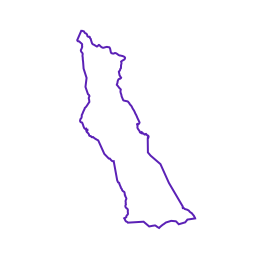 Orica, Francisco Morazán, Honduras, rotated 347°
{"feature_id": "27666195B54094389197091", "entity_name": "Orica", "entity_type": "district", "adm_level": 2, "iso_a3": "HND", "parent_name": "Honduras", "parent_adm1": "Francisco Morazán", "projection": "equal_earth", "projection_center": [-86.954, 14.819], "detail": "fine", "context": "isolated", "style": "outline", "palette": "violet", "viewbox_px": 256, "rotation_deg": 347, "n_neighbors": 0, "source": "geoboundaries", "source_scale": "gbopen_adm2", "svg_char_len": 5705}
<svg xmlns="http://www.w3.org/2000/svg" viewBox="0 0 256 256"><g transform="rotate(347 128 128)"><path d="M173.1,231.2L173.1,230.8L172.6,229.1L172.5,228.6L172.4,228.2L171.8,227.1L170.9,225.2L170.1,224.5L169.4,223.6L169.2,223.3L168.9,222.6L168.8,222.4L168.5,222.0L167.4,221.0L165.1,219.7L164.9,219.5L164.6,218.9L164.2,218.5L164.1,218.4L163.5,218.3L163.4,218.3L163.4,218.0L163.4,217.6L163.6,217.1L163.7,216.9L163.6,216.5L155.5,190.7L151.5,170.5L143.8,160.0L141.9,156.3L144.8,142.9L145.0,142.4L145.2,142.0L145.3,141.4L145.5,141.3L145.8,141.7L146.1,141.2L146.1,140.5L145.9,140.0L144.9,139.2L144.5,138.5L144.4,138.1L144.2,137.8L143.9,137.8L143.2,138.2L142.7,138.1L142.3,137.6L141.9,136.9L141.6,136.6L141.0,136.4L140.8,136.3L140.7,136.1L140.5,135.1L140.4,135.0L140.2,135.1L140.2,135.3L140.1,135.7L140.0,136.1L138.9,135.2L138.7,134.9L138.6,134.6L138.7,134.2L138.6,133.8L138.3,133.0L138.0,132.3L137.5,131.0L137.3,130.3L137.3,129.9L137.3,129.5L137.7,128.4L137.8,127.8L137.9,127.6L138.0,127.5L138.1,127.3L138.0,127.1L137.7,126.8L137.6,126.7L137.8,126.2L138.0,126.1L138.3,126.1L138.9,126.5L139.1,126.5L139.3,126.5L139.5,126.4L140.3,125.6L140.4,125.4L140.5,125.1L139.3,119.6L139.3,119.2L139.1,118.3L138.9,117.2L138.4,115.5L138.1,113.8L137.9,112.9L137.6,111.9L136.9,110.0L136.6,108.5L136.1,106.9L135.7,106.4L135.4,105.8L134.9,104.6L134.8,104.0L134.4,103.4L134.0,102.4L133.6,102.0L132.8,101.6L131.7,101.1L130.1,100.3L129.8,100.1L129.7,99.9L129.5,99.5L129.4,99.0L129.4,98.3L129.2,97.5L128.9,95.7L129.0,94.2L128.8,92.4L128.8,91.6L128.8,91.0L129.1,90.0L129.6,89.0L129.6,88.8L129.4,88.3L128.7,87.3L127.4,84.5L126.9,83.6L126.8,83.4L126.9,83.1L127.8,81.8L128.3,80.5L128.7,79.7L128.9,79.4L129.4,78.8L129.8,78.4L130.2,78.3L130.8,78.1L131.4,78.2L131.7,78.1L132.3,77.8L132.4,77.7L132.5,77.5L132.6,77.4L132.0,75.9L131.8,75.1L131.6,74.6L131.7,73.3L131.7,71.5L131.7,71.2L131.8,71.0L132.0,70.9L132.3,70.6L132.7,70.4L133.0,70.1L133.4,69.5L133.6,69.1L133.8,68.7L134.5,68.2L135.0,66.7L135.1,66.0L135.3,65.4L136.2,63.5L136.3,63.0L136.2,62.0L136.2,61.8L136.5,61.6L137.4,61.2L138.6,60.8L139.1,60.7L140.0,60.3L140.6,59.7L140.9,59.0L140.9,58.8L140.9,58.6L140.7,58.3L140.4,57.8L139.4,57.0L138.8,56.6L137.7,56.1L137.0,55.7L136.4,55.6L135.2,54.8L134.7,54.1L134.2,53.5L133.4,52.7L132.7,52.2L132.4,52.1L132.1,52.0L131.1,52.2L130.2,52.2L129.6,51.8L128.7,51.4L128.5,50.9L128.3,50.1L128.4,47.5L128.4,46.7L128.3,46.2L128.2,45.8L128.1,45.4L127.9,45.2L127.7,45.0L127.4,44.9L126.9,44.8L125.7,44.2L123.9,44.2L122.4,44.3L121.9,44.2L121.5,44.1L121.0,43.8L120.1,42.9L119.7,42.4L118.8,40.9L118.4,40.5L118.2,40.5L116.8,41.4L116.4,41.6L116.0,41.6L115.7,41.3L114.6,40.3L114.1,39.7L112.7,38.6L112.4,38.3L112.3,38.0L112.1,37.6L112.0,37.2L111.8,35.0L111.7,33.8L111.8,33.0L111.3,32.1L111.2,31.4L111.2,30.8L111.1,30.5L111.0,30.4L109.9,30.3L109.6,29.9L109.2,29.5L109.2,29.3L109.1,29.1L109.1,27.9L109.0,27.4L108.3,26.4L107.7,26.0L107.4,25.7L107.2,25.3L106.8,24.0L105.4,23.1L104.3,22.8L99.3,29.6L98.6,30.6L98.3,30.9L98.3,31.2L98.5,31.9L98.8,32.2L99.0,32.4L99.3,32.4L99.5,32.4L99.7,32.5L99.9,32.7L100.3,33.1L100.7,33.9L101.3,34.6L101.9,35.5L102.1,35.9L102.1,36.2L102.0,36.8L101.7,37.5L101.6,37.8L101.7,38.1L101.7,38.3L101.6,38.7L101.5,38.9L100.5,40.4L99.6,41.5L99.5,41.9L99.5,42.5L99.6,43.1L100.3,44.5L100.5,45.0L100.5,45.4L100.5,45.7L100.3,46.2L100.0,47.1L99.8,47.7L99.8,48.7L99.3,51.6L99.2,53.0L98.1,60.1L98.9,69.9L95.8,78.4L96.6,86.0L97.4,87.1L97.5,87.5L97.6,88.0L97.5,88.5L97.3,88.7L97.0,89.1L96.6,89.7L96.4,90.2L96.5,91.4L96.4,92.4L96.2,93.9L94.6,95.4L93.5,96.5L92.1,97.8L90.3,98.9L90.0,99.6L89.2,100.6L87.8,102.4L86.9,103.8L86.3,104.4L86.1,104.7L85.8,105.1L85.5,106.4L85.2,107.1L84.7,107.9L84.3,108.2L83.9,108.4L83.7,108.6L83.0,109.9L82.9,110.4L82.9,110.7L83.0,111.2L83.2,111.6L83.5,111.8L84.5,112.4L84.6,112.7L84.8,114.1L84.9,114.7L85.0,116.4L85.1,116.9L85.3,118.0L85.5,118.6L85.8,119.0L86.1,119.2L86.4,119.2L87.1,119.2L87.1,119.4L87.0,119.6L86.9,119.7L86.7,119.7L86.7,120.4L86.7,120.5L86.8,120.6L87.9,120.6L88.1,120.6L88.1,120.8L88.1,121.0L87.9,121.3L87.3,121.4L87.0,121.6L86.8,121.8L86.8,122.1L86.9,122.3L87.0,122.7L88.1,124.3L88.3,124.9L88.5,125.5L88.5,126.5L88.6,126.8L88.9,127.1L89.7,127.4L90.0,127.7L90.3,128.0L90.5,128.4L90.5,128.7L90.7,128.8L91.0,129.0L91.6,128.9L92.0,129.0L92.6,129.9L93.0,130.3L93.8,131.3L94.0,131.4L94.0,131.5L96.2,133.4L99.1,147.9L102.4,153.4L102.8,153.5L103.2,153.6L103.4,153.7L104.2,155.3L105.0,156.5L105.3,156.7L105.6,156.9L106.1,157.1L106.6,157.1L105.7,176.4L105.8,177.0L106.0,178.2L106.1,178.7L106.4,179.0L106.7,179.1L106.8,179.3L107.0,179.5L107.1,179.8L107.1,180.0L107.0,180.7L107.3,182.0L107.3,182.5L107.6,183.4L107.6,183.8L107.6,184.2L107.6,184.4L107.6,184.7L108.1,185.7L108.2,186.3L108.3,186.9L108.3,187.2L108.7,188.1L108.9,188.4L109.9,189.4L110.0,189.6L110.1,190.0L110.0,191.5L110.0,192.0L109.8,192.3L109.8,192.5L110.1,193.2L110.1,193.4L110.0,193.7L110.0,194.0L110.3,194.9L110.4,195.3L110.5,195.8L110.5,196.2L110.5,196.6L110.3,196.9L110.1,197.2L109.6,197.8L109.4,198.2L109.1,199.1L109.0,200.4L108.9,200.8L108.7,201.2L108.8,201.6L108.8,202.0L108.6,202.3L108.2,202.7L108.0,203.1L107.9,203.3L107.8,203.8L107.8,204.1L107.8,204.4L108.1,205.1L108.5,205.9L109.2,206.5L109.3,207.0L109.4,207.5L109.4,208.0L109.0,209.3L108.8,210.6L108.7,211.4L108.5,211.9L108.3,212.2L107.3,212.8L106.5,213.6L106.3,214.4L105.7,214.7L104.0,215.1L104.2,215.8L104.4,216.1L104.4,216.7L104.8,218.1L105.0,218.5L106.2,219.5L106.4,219.7L106.5,219.9L106.6,220.2L122.1,222.8L126.5,228.7L129.8,228.8L132.4,229.0L132.8,229.3L133.5,230.0L134.4,231.1L135.8,232.4L137.2,231.5L140.0,230.1L141.2,229.7L143.7,228.6L149.1,228.2L149.5,228.3L153.2,229.5L153.9,229.9L155.8,233.2L162.5,232.8L165.3,230.6L173.1,231.2Z" fill="none" stroke="#5b21b6" stroke-width="2"/></g></svg>